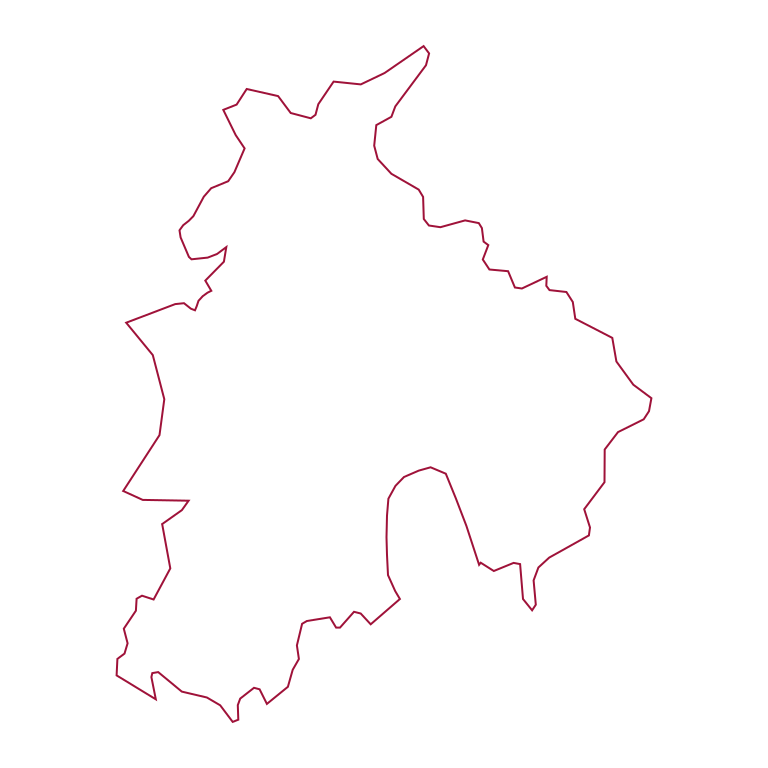 the border of Lancashire
{"feature_id": "GBR-2123", "entity_name": "Lancashire", "entity_type": "Administrative County", "adm_level": 1, "iso_a3": "GBR", "parent_name": "United Kingdom", "parent_adm1": "", "projection": "albers", "projection_center": [-2.621, 53.865], "detail": "fine", "context": "isolated", "style": "outline", "palette": "rose", "viewbox_px": 768, "rotation_deg": 0, "n_neighbors": 0, "source": "natural_earth", "source_scale": "10m", "svg_char_len": 1991}
<svg xmlns="http://www.w3.org/2000/svg" viewBox="0 0 768 768"><path d="M162.1,524.1L181.9,510.1L188.6,500.7L142.7,499.9L123.2,491.0L159.5,435.1L164.3,399.2L152.8,355.1L126.2,322.7L175.2,304.1L184.0,303.2L190.9,308.7L195.0,310.3L196.7,306.2L198.5,300.8L202.7,296.2L207.5,292.7L211.3,290.8L205.3,280.6L223.9,261.7L226.3,247.1L217.0,254.0L207.7,257.6L191.5,259.3L188.9,256.9L180.6,237.4L179.5,230.3L183.2,225.2L188.8,220.8L193.4,216.1L203.8,196.7L211.2,188.2L228.2,181.2L234.4,172.2L244.6,148.4L235.7,135.1L223.3,109.9L224.2,109.5L236.6,104.6L246.7,89.0L278.1,96.1L290.7,113.0L310.8,118.3L315.5,114.8L318.3,104.2L333.6,81.6L360.8,84.4L384.6,73.0L423.6,46.1L429.1,53.4L426.0,65.2L395.3,106.4L391.4,116.8L376.3,125.1L374.2,145.7L377.7,159.0L391.4,173.8L418.7,189.6L423.1,196.9L423.8,219.0L428.9,225.5L440.4,227.2L465.1,220.4L478.8,223.1L481.9,228.1L483.6,241.6L488.3,245.1L482.8,259.5L489.4,269.5L508.1,271.2L514.9,287.5L521.9,288.5L546.7,276.8L546.3,285.8L549.5,290.1L566.4,292.0L572.8,302.0L575.3,318.8L612.3,337.9L616.4,361.5L633.3,384.7L651.4,398.2L649.0,411.2L643.7,419.3L618.0,432.1L604.7,449.5L604.5,482.2L584.2,509.2L590.0,527.5L588.9,535.4L549.2,557.6L538.4,567.5L533.6,580.4L535.8,604.7L532.1,610.3L523.0,599.0L520.1,564.1L513.6,562.9L493.8,571.0L480.7,562.7L479.1,564.8L476.1,555.6L466.4,525.9L455.9,498.5L445.8,473.7L430.6,467.3L418.8,470.6L404.0,477.0L395.5,485.8L388.4,498.7L387.0,515.6L386.5,537.3L387.0,555.0L388.0,575.1L395.2,591.1L399.9,599.0L370.7,624.3L360.7,613.5L354.0,611.8L340.0,627.6L336.1,627.6L329.9,617.3L306.9,621.0L302.1,623.8L296.9,645.4L298.9,659.0L292.7,669.8L287.9,686.8L266.9,703.9L259.6,689.3L254.0,687.8L240.2,698.6L237.8,705.1L238.3,719.7L232.7,721.9L220.2,705.3L206.9,697.5L189.4,693.4L181.8,691.6L158.2,672.1L152.3,673.1L151.4,677.1L155.8,699.3L116.6,675.4L117.4,658.9L124.5,653.6L127.6,643.3L123.8,628.7L135.9,610.7L136.6,598.7L142.0,595.7L153.6,599.5L170.3,568.4L162.9,528.1L162.4,525.3L162.1,524.1Z" fill="none" stroke="#9f1239" stroke-width="2"/></svg>